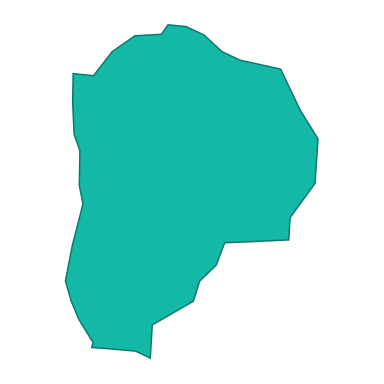 the district of Svedala, Skåne, Sweden, rotated 91°
{"feature_id": "70781695B13433668994781", "entity_name": "Svedala", "entity_type": "district", "adm_level": 2, "iso_a3": "SWE", "parent_name": "Sweden", "parent_adm1": "Skåne", "projection": "albers", "projection_center": [13.297, 55.571], "detail": "fine", "context": "isolated", "style": "filled", "palette": "teal", "viewbox_px": 384, "rotation_deg": 91, "n_neighbors": 0, "source": "geoboundaries", "source_scale": "gbopen_adm2", "svg_char_len": 630}
<svg xmlns="http://www.w3.org/2000/svg" viewBox="0 0 384 384"><g transform="rotate(91 192 192)"><path d="M75.7,312.9L103.9,312.9L136.4,310.9L152.7,304.8L187.4,304.8L205.7,300.8L248.4,310.9L283.1,317.0L303.4,310.8L321.7,302.7L344.1,288.4L349.2,289.5L350.2,272.1L352.1,245.6L358.8,230.8L325.6,229.4L313.4,209.1L301.2,188.8L280.8,182.7L264.6,166.5L242.2,158.4L240.1,123.8L238.2,94.4L215.8,93.4L181.2,69.1L136.6,67.0L108.2,85.3L87.9,95.4L75.8,101.4L67.6,105.5L59.4,146.1L51.2,164.4L34.9,182.6L26.7,200.9L25.2,218.9L34.8,225.3L36.8,251.8L53.0,274.2L77.4,292.5L75.7,312.9Z" fill="#14b8a6" stroke="#0f766e" stroke-width="1.5"/></g></svg>